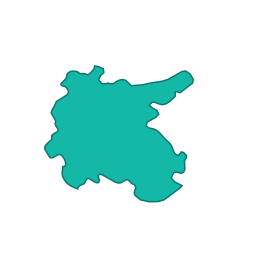 the border of Vukovarsko-Srijemska, rotated 325°
{"feature_id": "HRV-1605", "entity_name": "Vukovarsko-Srijemska", "entity_type": "County", "adm_level": 1, "iso_a3": "HRV", "parent_name": "Croatia", "parent_adm1": "", "projection": "orthographic", "projection_center": [18.849, 45.171], "detail": "fine", "context": "isolated", "style": "filled", "palette": "teal", "viewbox_px": 256, "rotation_deg": 325, "n_neighbors": 0, "source": "natural_earth", "source_scale": "10m", "svg_char_len": 2654}
<svg xmlns="http://www.w3.org/2000/svg" viewBox="0 0 256 256"><g transform="rotate(325 128 128)"><path d="M72.6,155.8L71.1,155.1L69.9,153.4L68.8,151.3L67.6,148.0L66.8,146.8L65.5,146.2L64.3,146.4L61.7,147.9L60.5,148.4L59.0,148.3L56.1,147.6L54.7,147.5L52.0,148.6L52.0,149.1L51.9,149.1L47.8,142.6L46.5,138.7L46.2,136.1L46.2,134.0L46.4,131.9L46.7,130.3L47.2,128.8L48.0,127.4L52.5,122.2L53.8,122.9L54.5,123.0L55.5,122.6L56.4,121.7L57.3,119.9L57.7,118.5L58.0,116.9L58.1,113.7L57.9,112.2L57.4,111.1L56.6,110.3L55.5,109.9L49.4,109.1L48.5,108.7L47.6,108.2L47.2,107.8L47.1,107.4L47.1,106.4L47.6,99.0L47.7,98.0L48.1,96.8L49.3,95.6L51.3,94.6L59.0,93.6L59.9,92.5L60.4,91.5L61.1,90.6L62.1,90.1L68.5,90.4L69.3,90.1L69.8,89.4L70.1,87.8L70.2,86.5L70.1,85.3L70.2,84.3L70.4,83.4L70.7,82.8L71.1,82.3L72.4,81.3L72.8,80.5L73.1,79.3L73.5,73.2L73.7,72.3L73.9,71.4L75.1,70.4L76.9,69.3L81.1,67.4L84.6,65.2L97.7,65.9L99.3,64.7L100.4,63.5L100.6,62.0L100.6,60.5L100.4,58.6L100.2,58.0L99.8,57.5L98.4,55.8L98.0,55.1L97.9,54.5L98.0,53.9L98.4,53.4L99.4,53.0L104.5,52.2L106.1,51.5L107.2,50.8L108.2,49.6L108.9,49.1L109.9,48.7L111.0,48.5L113.2,48.7L114.8,49.3L117.2,51.1L118.3,52.2L118.9,53.0L119.1,53.6L119.4,54.8L119.7,55.4L120.1,56.0L120.7,56.5L122.7,57.8L123.3,58.3L124.2,59.3L124.5,59.9L124.8,60.4L125.0,61.0L125.9,61.5L127.5,61.6L133.7,60.3L136.4,58.1L139.0,60.7L141.7,65.2L140.1,68.7L135.6,69.4L131.7,71.6L132.0,76.7L135.3,79.0L137.4,79.7L138.6,81.3L141.5,83.4L145.6,83.3L148.2,83.8L151.0,84.9L153.4,87.5L153.9,89.8L154.9,95.2L164.7,101.0L171.7,103.8L183.1,109.4L188.5,111.1L204.4,112.7L207.9,114.3L209.8,119.5L209.4,125.5L207.4,127.6L206.8,128.2L191.2,129.0L190.3,128.4L188.8,126.1L188.0,125.7L186.7,126.3L186.0,127.4L185.5,128.5L184.6,129.2L177.0,130.2L173.2,130.0L169.7,128.7L167.7,126.7L164.3,121.8L162.2,120.7L158.2,121.6L159.4,125.4L161.8,130.2L161.1,134.4L157.2,135.2L147.0,134.2L144.3,136.7L144.5,139.0L146.0,140.9L147.8,142.7L149.1,144.4L150.5,147.6L151.1,150.1L151.8,156.2L153.3,163.8L153.5,166.5L153.1,168.9L152.3,172.0L151.7,175.1L152.1,177.7L154.1,179.5L157.8,178.1L159.4,179.9L160.2,183.8L158.9,185.7L156.8,186.6L155.1,187.7L152.2,192.5L150.6,194.7L148.4,196.0L145.8,195.7L142.1,191.7L139.6,190.9L134.7,193.7L135.3,198.9L139.2,206.3L137.2,206.9L131.8,207.1L116.3,207.5L110.6,205.6L107.6,203.6L103.2,200.7L97.0,194.0L95.0,186.7L96.3,184.2L100.3,181.1L100.8,178.6L100.5,177.7L99.6,176.5L99.2,175.7L99.1,175.0L99.1,173.6L99.0,173.1L98.5,171.5L98.0,170.4L97.3,169.7L96.0,169.3L90.9,168.8L88.8,167.8L86.6,165.2L79.9,151.3L79.0,150.1L77.9,149.5L76.7,149.6L75.8,150.6L75.2,152.1L74.9,153.6L74.3,154.9L72.6,155.8Z" fill="#14b8a6" stroke="#0f766e" stroke-width="1.5"/></g></svg>